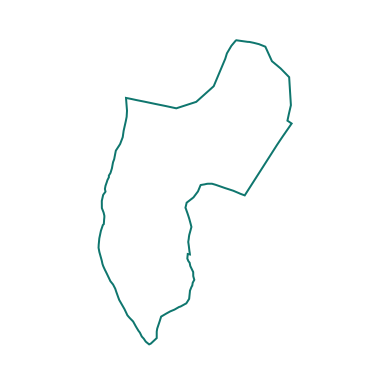 the district of Funakaye, Gombe, Nigeria, rotated 189°
{"feature_id": "59680162B83394095212312", "entity_name": "Funakaye", "entity_type": "district", "adm_level": 2, "iso_a3": "NGA", "parent_name": "Nigeria", "parent_adm1": "Gombe", "projection": "natural_earth1", "projection_center": [11.4, 10.81], "detail": "fine", "context": "isolated", "style": "outline", "palette": "teal", "viewbox_px": 384, "rotation_deg": 189, "n_neighbors": 0, "source": "geoboundaries", "source_scale": "gbopen_adm2", "svg_char_len": 2163}
<svg xmlns="http://www.w3.org/2000/svg" viewBox="0 0 384 384"><g transform="rotate(189 192 192)"><path d="M248.3,76.3L247.0,74.0L240.4,65.8L238.2,62.6L236.5,60.1L233.9,57.9L229.9,54.9L226.4,50.4L223.2,46.6L221.5,45.0L219.0,41.4L216.7,39.6L214.4,37.1L213.3,36.4L210.5,34.8L209.0,35.8L208.9,35.9L204.0,42.2L205.0,48.6L205.0,51.6L203.7,59.3L203.0,64.1L198.4,67.9L194.8,70.7L190.9,73.1L186.8,76.4L185.4,77.1L180.4,81.0L180.2,81.1L179.0,83.9L178.1,86.0L178.5,93.5L178.6,94.0L177.8,97.6L177.5,98.7L177.2,99.4L177.1,99.5L177.1,100.2L177.1,102.5L176.0,105.6L177.6,109.1L178.3,113.1L182.1,118.6L183.3,121.8L184.7,123.1L186.2,125.5L186.5,130.1L184.3,130.0L185.0,132.4L185.1,132.5L186.7,138.2L187.8,141.8L187.9,142.0L187.9,142.6L187.9,145.3L188.0,147.1L188.0,147.3L188.0,149.1L187.4,154.5L187.1,157.4L188.3,160.2L190.5,165.1L191.6,167.3L193.1,170.2L194.8,173.3L195.3,174.3L196.0,175.4L195.6,180.6L189.7,186.9L186.2,193.5L184.6,200.1L184.4,200.3L180.8,201.5L178.3,202.5L173.6,203.3L169.7,202.8L161.9,201.4L160.3,201.1L155.8,200.4L151.4,199.7L144.6,198.0L144.4,197.9L139.4,196.9L122.9,234.6L115.4,251.8L113.1,256.8L110.9,261.5L104.3,275.2L108.9,277.4L108.5,284.5L107.9,293.2L114.0,320.6L123.8,327.9L133.5,333.7L142.3,347.0L149.0,348.5L154.5,349.0L158.7,349.2L158.8,349.2L160.5,349.0L172.0,348.8L172.6,348.2L176.0,342.5L179.2,334.4L180.0,328.8L187.1,299.9L201.9,281.7L220.6,272.2L231.6,272.8L241.2,273.2L253.6,273.8L261.3,274.1L266.6,274.4L271.9,274.6L269.7,265.4L268.9,262.1L268.3,256.0L268.5,251.1L269.1,241.8L269.0,235.3L269.9,231.0L270.5,228.1L273.7,220.9L274.0,212.2L274.6,209.3L274.7,207.8L274.7,207.2L274.8,202.8L275.5,198.0L276.7,195.2L276.4,193.6L277.4,190.5L277.7,188.5L278.4,184.6L278.5,181.4L277.5,178.8L278.4,177.0L278.6,176.7L279.3,175.2L279.7,169.1L278.5,162.0L276.1,157.9L274.8,154.7L274.6,153.1L274.5,151.2L274.3,149.1L274.1,146.5L274.9,145.4L275.3,142.9L275.9,139.5L276.3,131.7L276.1,128.8L275.9,125.3L275.6,122.7L275.6,122.4L274.1,118.2L271.3,112.1L270.4,110.1L269.2,107.0L268.2,105.1L267.3,103.7L266.3,102.2L265.5,101.0L265.1,100.5L263.2,97.8L258.6,91.1L255.5,88.3L252.7,84.5L251.2,81.6L248.3,76.3Z" fill="none" stroke="#0f766e" stroke-width="2"/></g></svg>